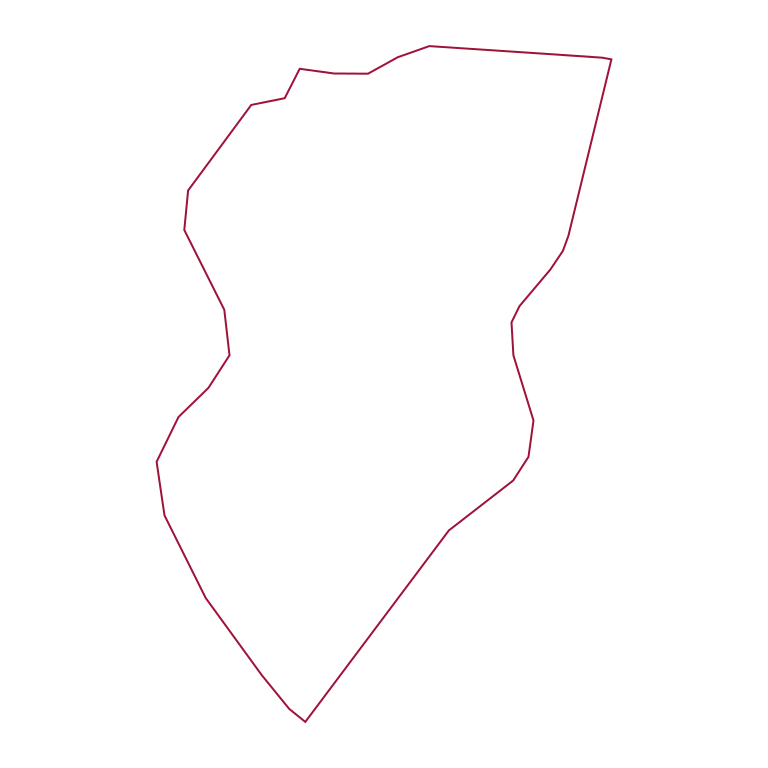 an SVG outline of Busia
{"feature_id": "UGA-3118", "entity_name": "Busia", "entity_type": "District", "adm_level": 1, "iso_a3": "UGA", "parent_name": "Uganda", "parent_adm1": "", "projection": "mercator", "projection_center": [34.003, 0.388], "detail": "fine", "context": "isolated", "style": "outline", "palette": "rose", "viewbox_px": 768, "rotation_deg": 0, "n_neighbors": 0, "source": "natural_earth", "source_scale": "10m", "svg_char_len": 525}
<svg xmlns="http://www.w3.org/2000/svg" viewBox="0 0 768 768"><path d="M611.4,59.4L568.4,235.8L562.9,250.9L550.3,269.6L519.5,306.1L511.5,322.4L513.4,355.3L533.5,420.5L528.5,456.8L513.2,480.5L448.9,530.4L305.3,721.9L304.7,721.4L289.3,709.0L261.8,675.2L205.7,598.0L164.5,515.4L156.6,461.8L178.5,417.0L208.5,387.8L229.5,355.3L224.3,309.8L184.3,230.0L188.1,190.5L251.3,104.9L284.7,98.2L299.7,68.8L334.0,73.5L368.0,73.7L397.8,57.2L429.3,46.1L602.4,57.7L610.5,59.2L611.4,59.4Z" fill="none" stroke="#9f1239" stroke-width="2"/></svg>